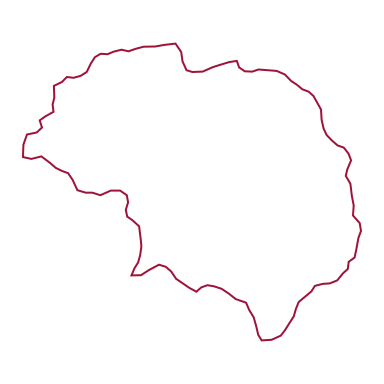 Gabriel Monteiro, São Paulo, Brazil (orthographic projection)
{"feature_id": "56859067B44282115877376", "entity_name": "Gabriel Monteiro", "entity_type": "district", "adm_level": 2, "iso_a3": "BRA", "parent_name": "Brazil", "parent_adm1": "São Paulo", "projection": "orthographic", "projection_center": [-50.57, -21.508], "detail": "fine", "context": "isolated", "style": "outline", "palette": "rose", "viewbox_px": 384, "rotation_deg": 0, "n_neighbors": 0, "source": "geoboundaries", "source_scale": "gbopen_adm2", "svg_char_len": 1618}
<svg xmlns="http://www.w3.org/2000/svg" viewBox="0 0 384 384"><path d="M90.9,63.4L86.7,72.0L80.5,75.9L73.5,77.8L66.9,77.0L61.9,82.0L53.9,85.9L54.3,97.7L52.6,104.5L53.5,111.8L45.0,116.6L39.7,120.4L42.0,127.5L36.7,132.5L27.0,134.5L23.4,144.7L23.0,157.1L31.4,158.9L41.4,156.4L50.0,162.9L55.8,167.9L61.9,170.9L68.1,173.2L72.7,180.0L77.4,190.2L85.8,192.7L92.4,192.7L100.4,195.2L110.8,190.6L120.1,190.6L126.8,195.2L128.1,202.3L125.8,209.8L127.2,216.6L132.4,220.2L139.1,226.3L140.7,239.0L141.4,246.5L140.1,255.4L138.1,262.5L134.5,268.2L131.5,275.4L141.0,275.2L149.0,270.0L159.0,264.7L165.8,266.8L171.2,271.5L176.1,278.8L189.4,287.9L196.4,291.7L201.3,287.4L207.4,285.2L214.0,286.3L221.6,288.8L228.5,293.4L235.8,299.1L246.1,302.7L249.3,310.2L253.7,317.3L256.3,326.6L258.2,334.8L261.7,340.4L271.6,339.8L280.8,335.6L285.2,329.9L289.0,323.8L293.8,316.3L295.8,309.2L298.7,302.0L304.7,297.0L311.4,291.4L314.9,285.9L322.6,283.9L329.8,283.4L337.2,280.4L343.1,273.2L347.8,269.0L348.7,261.8L354.6,257.5L356.3,249.5L358.4,238.0L361.0,230.9L359.7,223.1L353.0,215.5L353.7,205.5L351.8,195.6L350.4,183.8L345.8,175.9L347.2,169.6L351.1,160.4L348.5,153.6L343.8,147.6L337.5,145.4L331.8,140.4L326.7,135.1L323.6,128.6L321.6,119.7L321.0,109.5L313.4,95.9L308.7,91.7L302.2,89.2L297.1,84.9L291.2,81.0L284.9,74.5L276.6,70.9L258.4,69.5L252.4,71.6L244.8,71.3L239.1,67.4L236.8,60.9L229.2,62.1L221.2,64.5L212.9,67.1L202.7,71.6L192.4,72.0L186.5,70.2L182.5,61.3L181.2,52.0L175.5,43.6L164.3,44.9L155.2,46.5L143.7,46.7L135.7,48.8L128.5,51.3L121.5,49.7L113.5,51.7L107.6,54.2L100.6,53.8L94.9,57.2L90.9,63.4Z" fill="none" stroke="#9f1239" stroke-width="2"/></svg>